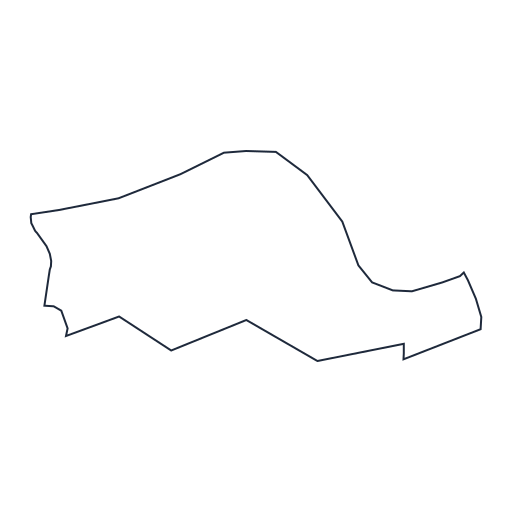 London Road, Vieux Fort, Saint Lucia
{"feature_id": "8701671B97252067164265", "entity_name": "London Road", "entity_type": "district", "adm_level": 2, "iso_a3": "LCA", "parent_name": "Saint Lucia", "parent_adm1": "Vieux Fort", "projection": "natural_earth1", "projection_center": [-60.943, 13.798], "detail": "fine", "context": "isolated", "style": "outline", "palette": "slate", "viewbox_px": 512, "rotation_deg": 0, "n_neighbors": 0, "source": "geoboundaries", "source_scale": "gbopen_adm2", "svg_char_len": 713}
<svg xmlns="http://www.w3.org/2000/svg" viewBox="0 0 512 512"><path d="M66.0,336.0L119.1,316.5L171.2,350.5L246.3,320.0L317.4,361.0L403.8,343.8L403.8,353.4L403.5,359.3L480.6,329.2L481.3,317.0L475.9,298.8L467.9,280.2L463.8,272.5L460.0,276.1L442.4,282.4L411.9,291.3L392.8,290.4L372.1,282.4L358.4,265.4L342.3,221.6L307.2,175.1L275.9,151.9L246.1,151.0L223.9,152.7L180.4,174.2L118.5,198.3L58.9,210.0L31.1,214.2L30.7,217.1L31.0,220.0L31.3,223.2L32.2,224.9L33.1,226.7L34.4,229.4L35.1,230.8L35.9,231.8L36.9,232.8L41.2,238.8L46.5,246.2L49.8,253.8L51.2,261.0L51.1,262.8L50.9,266.4L50.1,268.6L49.8,269.5L48.8,275.9L44.4,305.7L53.7,306.3L61.3,310.7L67.6,328.4L66.0,336.0Z" fill="none" stroke="#1e293b" stroke-width="2"/></svg>